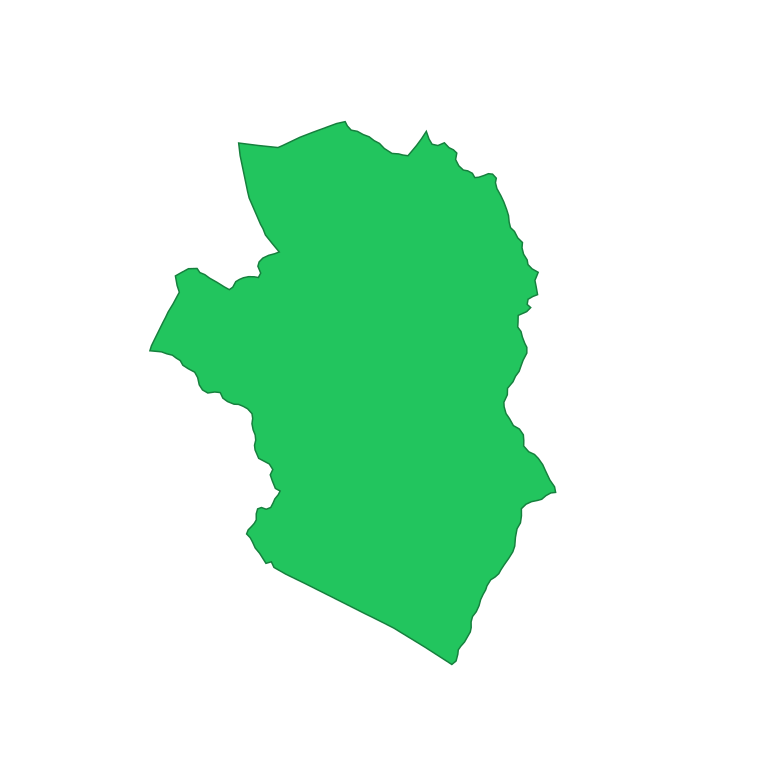 Castro Alves, Bahia, Brazil (Robinson projection), rotated 153°
{"feature_id": "56859067B5706793747944", "entity_name": "Castro Alves", "entity_type": "district", "adm_level": 2, "iso_a3": "BRA", "parent_name": "Brazil", "parent_adm1": "Bahia", "projection": "robinson", "projection_center": [-39.366, -12.724], "detail": "fine", "context": "isolated", "style": "filled", "palette": "green", "viewbox_px": 768, "rotation_deg": 153, "n_neighbors": 0, "source": "geoboundaries", "source_scale": "gbopen_adm2", "svg_char_len": 3099}
<svg xmlns="http://www.w3.org/2000/svg" viewBox="0 0 768 768"><g transform="rotate(153 384 384)"><path d="M450.9,103.3L445.5,104.5L440.9,109.7L438.5,113.4L434.8,115.4L429.3,117.6L424.3,120.9L419.7,123.9L416.9,127.4L414.4,132.5L410.7,136.6L405.2,139.2L400.0,143.3L395.8,148.0L391.3,151.5L386.9,154.4L383.9,157.4L377.8,161.1L372.6,161.6L367.8,162.9L364.3,165.3L359.1,168.3L351.9,172.1L345.4,176.0L341.1,180.2L336.5,187.7L331.2,194.6L325.5,198.3L321.4,204.1L318.2,210.5L312.1,212.4L306.0,212.2L299.8,210.5L295.8,209.7L290.4,211.0L284.8,211.2L280.3,209.5L278.7,215.0L279.8,223.1L279.5,233.9L279.2,240.1L280.3,247.7L281.9,252.9L285.8,257.9L287.7,265.3L285.1,270.2L282.9,275.5L283.8,282.4L287.6,288.2L287.9,296.1L288.7,302.3L287.3,309.2L285.5,313.3L279.0,318.4L275.9,324.1L268.1,327.4L263.3,331.2L257.9,333.9L253.6,338.0L249.2,342.1L242.7,346.7L240.1,351.8L240.1,356.4L239.4,362.9L238.1,368.6L239.0,374.0L236.6,378.1L233.3,384.2L224.0,383.7L218.6,385.5L220.3,389.9L217.2,394.1L211.6,394.4L206.6,393.9L204.2,401.8L202.5,407.8L199.1,410.7L195.9,413.5L199.8,419.4L201.5,425.1L200.1,429.6L200.7,436.3L199.2,442.7L196.4,447.2L198.5,453.5L198.5,460.8L200.3,465.9L199.0,471.4L196.6,477.5L195.5,483.9L194.6,491.9L194.4,498.6L194.7,506.8L193.3,512.8L190.5,516.4L192.0,521.7L195.5,524.0L200.3,524.4L205.7,525.2L209.4,526.7L209.6,531.6L212.6,535.9L216.2,538.6L218.3,544.5L218.3,551.5L214.3,556.7L215.8,561.1L218.8,565.1L220.7,571.5L227.7,572.0L232.3,575.8L232.7,581.8L231.6,589.9L239.2,585.5L246.8,581.7L259.0,576.5L263.3,579.5L266.4,582.3L272.2,585.8L276.8,593.7L278.8,600.4L282.3,605.3L285.0,611.0L289.3,615.7L293.0,621.2L298.0,625.1L299.5,630.6L299.5,635.4L308.0,637.6L312.2,638.1L333.2,640.6L346.9,642.0L366.1,642.5L371.1,642.8L387.9,653.7L404.1,664.7L408.5,652.8L411.3,642.5L418.2,617.2L419.7,611.0L421.5,582.2L421.3,577.3L422.0,570.6L419.8,559.9L417.4,549.2L422.2,549.7L428.3,551.0L434.8,551.2L439.8,549.5L442.9,546.2L443.5,538.8L447.6,535.9L450.9,538.4L455.9,541.1L461.1,542.5L465.4,542.8L469.6,542.5L474.8,538.9L479.0,538.3L482.2,543.0L486.5,550.2L491.4,557.6L494.0,562.8L497.5,566.9L498.1,571.8L505.9,575.5L513.8,575.3L520.8,575.0L523.6,565.7L524.7,558.7L535.5,551.2L543.6,546.2L548.4,542.5L552.9,539.3L566.6,529.1L573.8,523.7L577.5,519.9L567.7,513.7L563.8,509.5L559.5,505.8L557.3,501.3L554.9,497.4L554.7,492.0L551.5,486.5L547.3,480.5L547.1,474.3L549.0,467.1L548.4,461.1L545.1,456.0L538.4,453.7L533.8,450.7L534.0,444.5L531.4,439.4L526.8,434.1L522.9,431.9L519.9,428.4L516.8,423.9L515.1,417.5L516.6,413.0L519.7,408.5L521.4,402.6L521.9,397.1L523.8,392.2L527.2,388.2L528.8,383.8L529.4,374.6L525.5,369.1L522.5,364.8L521.9,358.3L526.6,354.7L527.5,348.3L528.2,340.2L525.1,335.8L528.6,333.3L533.4,331.2L536.9,328.3L541.0,325.4L545.8,325.9L549.3,329.6L553.3,330.1L556.8,326.3L559.5,320.9L562.9,318.7L566.7,317.2L571.2,315.7L574.5,312.8L573.0,307.8L572.9,303.1L573.2,296.3L571.7,289.7L570.6,277.8L565.1,276.7L565.3,270.5L557.8,259.1L545.1,242.3L529.5,221.1L505.3,188.1L501.6,183.2L496.1,175.8L488.8,165.8L486.1,162.1L481.4,154.4L467.2,131.3L450.9,103.3Z" fill="#22c55e" stroke="#15803d" stroke-width="1.5"/></g></svg>